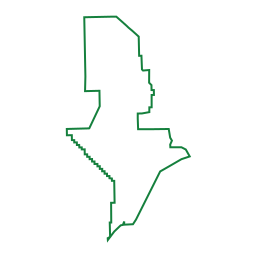 the district of Lyon, Nevada, United States of America, rotated 179°
{"feature_id": "52423323B15747846932953", "entity_name": "Lyon", "entity_type": "district", "adm_level": 2, "iso_a3": "USA", "parent_name": "United States of America", "parent_adm1": "Nevada", "projection": "equal_earth", "projection_center": [-119.16, 39.077], "detail": "fine", "context": "isolated", "style": "outline", "palette": "green", "viewbox_px": 256, "rotation_deg": 179, "n_neighbors": 0, "source": "geoboundaries", "source_scale": "gbopen_adm2", "svg_char_len": 1253}
<svg xmlns="http://www.w3.org/2000/svg" viewBox="0 0 256 256"><g transform="rotate(179 128 128)"><path d="M66.8,98.5L70.6,105.5L74.9,107.8L86.0,108.0L86.1,110.7L84.3,114.6L86.0,117.6L87.3,126.3L106.9,126.4L117.9,126.6L118.1,137.4L118.0,142.3L113.8,142.3L106.4,143.5L106.3,148.3L104.0,148.3L103.8,160.6L101.5,160.6L101.5,165.5L103.8,165.5L103.8,170.5L106.1,172.9L105.8,185.6L112.0,185.2L113.0,186.3L113.3,200.0L115.6,200.0L115.7,219.2L122.0,225.1L125.7,228.3L127.7,230.3L137.7,239.5L141.7,239.6L169.8,239.5L169.7,180.3L170.3,165.6L155.9,165.7L155.9,150.2L166.7,128.4L167.1,128.3L189.2,128.1L189.2,121.8L184.3,121.8L184.3,116.9L182.0,116.8L182.0,114.5L179.4,114.5L179.4,111.9L177.1,111.9L177.0,109.4L174.6,109.4L174.6,107.4L171.7,107.4L171.7,102.4L169.3,102.4L169.3,99.9L166.9,99.9L166.9,97.5L164.5,97.6L164.5,95.1L162.1,95.1L162.1,92.6L159.2,92.6L159.2,90.2L156.9,90.3L156.9,87.6L154.5,87.6L154.6,85.2L152.2,85.2L152.2,82.7L149.8,82.7L149.8,80.3L147.4,80.3L147.4,78.1L145.0,77.8L145.0,75.5L142.7,75.4L142.7,53.5L146.2,53.5L146.4,33.8L147.9,33.8L147.8,19.4L150.2,18.2L150.1,16.4L143.5,24.8L137.0,30.8L134.8,31.2L133.4,34.6L133.6,31.4L124.7,31.7L121.6,36.3L96.6,84.0L86.6,89.5L75.1,95.9L66.8,98.5Z" fill="none" stroke="#15803d" stroke-width="2"/></g></svg>